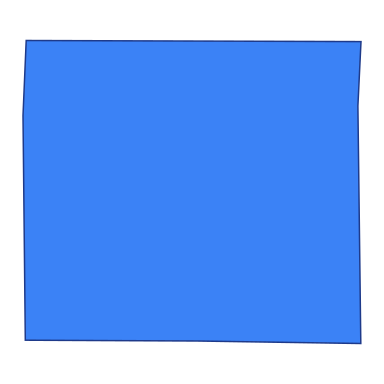 Missaukee, Michigan, United States of America
{"feature_id": "52423323B75954483528672", "entity_name": "Missaukee", "entity_type": "district", "adm_level": 2, "iso_a3": "USA", "parent_name": "United States of America", "parent_adm1": "Michigan", "projection": "robinson", "projection_center": [-85.123, 44.337], "detail": "fine", "context": "isolated", "style": "filled", "palette": "blue", "viewbox_px": 384, "rotation_deg": 0, "n_neighbors": 0, "source": "geoboundaries", "source_scale": "gbopen_adm2", "svg_char_len": 222}
<svg xmlns="http://www.w3.org/2000/svg" viewBox="0 0 384 384"><path d="M25.3,340.2L197.1,341.0L360.8,343.5L357.9,105.9L361.0,41.6L26.2,40.5L23.0,115.6L25.3,340.2Z" fill="#3b82f6" stroke="#1e3a8a" stroke-width="1.5"/></svg>